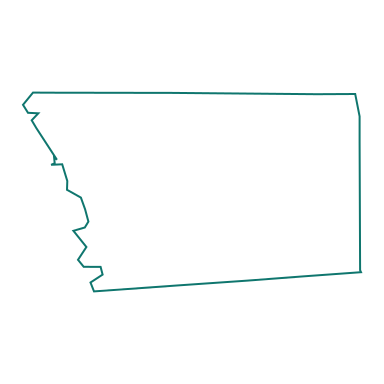 Simpson, Mississippi, United States of America (orthographic projection)
{"feature_id": "52423323B36475668892924", "entity_name": "Simpson", "entity_type": "district", "adm_level": 2, "iso_a3": "USA", "parent_name": "United States of America", "parent_adm1": "Mississippi", "projection": "orthographic", "projection_center": [-90.059, 31.901], "detail": "fine", "context": "isolated", "style": "outline", "palette": "teal", "viewbox_px": 384, "rotation_deg": 0, "n_neighbors": 0, "source": "geoboundaries", "source_scale": "gbopen_adm2", "svg_char_len": 541}
<svg xmlns="http://www.w3.org/2000/svg" viewBox="0 0 384 384"><path d="M94.0,291.4L178.2,285.4L247.6,280.6L302.9,276.4L361.0,272.2L360.1,270.2L359.6,142.5L359.6,116.4L355.2,94.0L316.6,94.2L172.1,92.9L54.2,92.7L33.0,92.6L23.0,104.8L28.0,112.8L38.3,113.3L31.7,120.3L36.4,128.2L56.9,159.7L54.1,157.3L54.7,163.3L51.1,164.8L62.2,164.3L67.3,181.0L67.0,189.8L80.9,197.6L85.1,209.3L88.4,221.6L84.8,227.5L73.4,230.8L86.4,247.0L78.0,259.8L83.7,266.8L100.6,266.9L102.6,274.6L90.5,282.5L94.0,291.4Z" fill="none" stroke="#0f766e" stroke-width="2"/></svg>